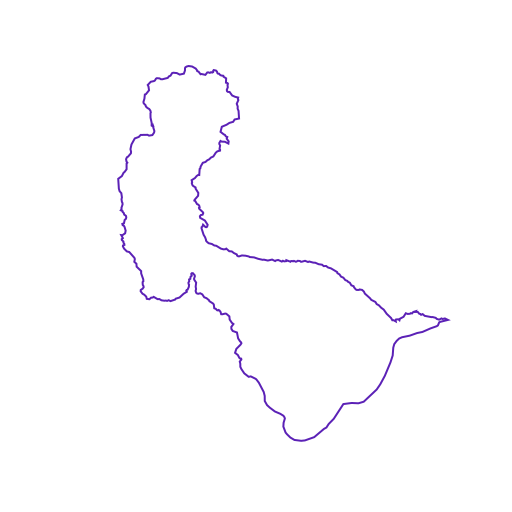 Brasil Novo, Pará, Brazil (Natural Earth projection), rotated 128°
{"feature_id": "56859067B45799313121530", "entity_name": "Brasil Novo", "entity_type": "district", "adm_level": 2, "iso_a3": "BRA", "parent_name": "Brazil", "parent_adm1": "Pará", "projection": "natural_earth1", "projection_center": [-52.726, -3.304], "detail": "fine", "context": "isolated", "style": "outline", "palette": "violet", "viewbox_px": 512, "rotation_deg": 128, "n_neighbors": 0, "source": "geoboundaries", "source_scale": "gbopen_adm2", "svg_char_len": 6118}
<svg xmlns="http://www.w3.org/2000/svg" viewBox="0 0 512 512"><g transform="rotate(128 256 256)"><path d="M355.7,187.4L354.1,186.0L353.1,181.2L353.0,179.9L354.1,175.7L358.4,166.2L360.9,163.0L364.9,159.8L366.7,155.5L367.0,151.8L366.9,145.4L365.4,139.7L365.0,136.0L365.6,134.2L366.3,133.2L370.4,131.6L373.6,129.4L376.9,124.0L377.4,121.7L377.9,117.2L377.3,112.5L373.8,106.6L371.2,103.9L362.9,98.6L350.4,96.0L347.8,94.9L343.7,95.3L336.4,94.5L318.9,96.0L312.9,90.1L309.0,84.6L304.5,81.4L286.9,78.7L280.6,79.1L271.1,80.7L257.2,84.5L250.3,87.0L243.7,91.4L240.3,92.8L236.3,92.9L232.9,92.4L230.1,90.9L224.1,85.8L217.5,81.6L213.4,78.1L205.6,73.9L200.1,70.4L198.7,69.9L195.5,70.8L194.5,70.3L188.2,65.4L188.9,68.7L190.8,70.2L191.0,71.4L193.4,72.5L194.3,74.9L194.1,76.3L195.3,79.1L196.2,80.2L199.3,86.2L199.2,88.9L200.7,89.7L200.5,90.8L201.0,91.7L200.5,94.2L201.9,95.9L201.1,96.1L203.3,97.6L205.2,97.7L205.7,98.8L206.7,99.1L208.3,100.8L208.9,102.7L213.1,102.3L216.9,104.0L218.3,103.4L218.2,104.8L219.8,106.6L220.7,106.5L221.5,105.6L221.9,108.1L222.7,109.0L221.7,111.4L221.1,117.4L219.6,122.4L219.7,125.5L219.2,128.8L219.6,131.3L218.7,133.6L219.6,138.2L219.1,140.0L218.6,147.1L217.6,149.1L217.4,151.5L218.6,153.8L219.4,154.0L220.8,155.9L220.9,156.9L220.3,159.5L219.7,160.5L220.4,162.8L219.3,165.6L219.7,167.7L219.4,168.7L220.0,170.8L219.3,173.8L219.9,176.3L219.1,178.9L219.4,181.3L218.7,182.2L219.6,189.4L220.7,192.1L220.7,194.6L222.3,196.4L222.2,198.6L223.9,201.6L224.8,205.1L226.0,206.9L227.6,210.7L228.7,211.3L229.6,214.4L232.3,216.4L232.9,217.1L232.9,218.3L234.1,220.2L235.4,220.6L236.0,221.1L236.5,223.1L237.4,223.5L237.7,224.5L238.5,225.3L239.3,225.3L240.6,229.5L241.4,229.0L242.9,230.5L243.2,231.9L244.5,232.2L245.5,236.1L247.3,237.6L248.2,237.8L248.9,241.1L252.3,243.9L254.0,247.5L254.9,248.4L256.9,252.6L258.3,256.7L260.7,260.3L260.8,261.4L262.2,264.4L264.2,267.4L266.7,269.1L267.2,269.9L267.3,271.2L266.6,272.1L267.3,275.2L267.3,277.9L268.7,280.0L268.5,284.0L269.5,284.3L270.8,285.8L271.8,288.2L272.4,293.6L273.4,295.4L273.7,298.2L275.1,301.2L275.0,303.5L274.7,304.8L274.0,305.4L272.6,307.6L271.5,310.4L267.7,316.0L266.8,316.6L265.9,316.3L263.9,317.0L264.3,313.6L263.7,312.7L262.9,312.6L261.2,313.3L259.5,318.1L260.3,323.5L259.2,324.7L257.7,324.7L256.3,323.5L254.6,324.0L254.2,324.8L253.7,329.9L253.1,330.6L252.3,330.4L251.2,331.9L251.1,333.5L251.4,334.4L250.1,337.7L250.3,338.7L249.5,339.0L244.2,338.7L241.8,340.3L240.1,345.1L239.2,345.8L239.5,348.7L239.2,349.9L238.1,351.5L237.2,351.7L235.9,353.4L232.2,352.1L229.4,352.0L227.6,351.4L227.1,350.6L222.1,354.0L221.3,353.8L219.6,354.7L215.3,355.3L213.0,353.7L210.5,353.3L208.7,352.4L206.2,352.1L203.8,350.9L199.4,351.3L197.3,350.9L195.1,349.2L194.3,349.8L194.2,350.6L191.0,352.3L190.3,353.9L189.5,354.5L187.2,354.8L187.0,353.5L185.1,350.8L184.4,347.0L182.5,348.1L181.6,351.3L179.9,351.9L180.3,353.4L179.7,355.1L180.0,356.2L180.0,360.4L175.2,362.5L170.7,360.0L167.5,358.9L164.3,356.6L161.6,356.9L158.1,354.0L152.4,359.1L151.2,361.2L149.4,362.5L147.9,364.9L144.0,365.9L143.3,367.1L142.1,367.6L143.4,370.4L144.2,373.6L143.0,377.8L144.0,379.2L144.0,380.2L143.1,381.3L140.4,382.1L138.7,383.8L137.6,384.1L137.3,384.9L137.9,386.4L134.4,388.9L134.7,391.9L134.1,392.7L135.2,394.6L135.4,396.1L135.1,397.3L135.7,398.2L135.6,399.1L134.7,400.3L134.5,401.7L135.5,403.8L136.3,403.8L137.5,403.0L138.5,403.5L138.8,404.6L140.1,405.1L140.7,406.7L141.4,407.4L144.4,407.4L146.2,411.1L146.9,411.6L146.1,414.8L146.5,416.1L145.9,417.0L145.4,418.9L146.0,423.0L147.8,426.1L149.4,427.3L150.8,427.8L151.7,427.6L153.5,426.2L156.7,425.1L160.0,427.8L160.6,431.0L162.5,434.0L163.5,434.7L166.6,434.4L168.0,435.2L170.0,435.2L174.4,438.6L175.3,439.9L175.4,441.3L176.9,443.6L177.9,444.0L179.9,443.7L181.0,444.1L183.5,446.2L187.9,446.6L188.6,445.1L191.3,442.3L196.3,442.4L197.2,443.0L200.7,440.8L204.0,439.5L204.8,438.5L205.2,435.8L206.0,434.8L206.2,432.7L205.9,430.6L206.5,428.7L207.6,427.3L208.4,427.1L211.9,424.3L215.4,420.1L217.5,418.5L217.4,417.3L216.6,417.5L217.2,416.5L218.1,415.9L220.1,413.0L221.5,412.3L224.5,412.1L227.0,414.4L227.3,416.1L231.6,421.4L234.4,421.7L238.0,423.9L244.8,422.8L249.1,420.7L250.8,418.6L252.1,417.8L256.5,418.0L257.7,418.5L259.7,418.0L261.3,416.2L261.7,414.8L262.8,414.9L267.3,411.4L270.6,411.3L271.9,411.6L275.6,410.9L280.0,412.1L287.4,405.5L288.9,403.4L289.4,400.8L292.4,397.7L294.1,396.9L295.9,395.0L296.4,393.9L297.5,392.9L301.1,391.6L301.8,390.7L303.2,390.7L302.8,388.7L303.4,388.2L303.6,386.5L304.5,385.4L304.4,383.3L305.3,382.1L306.7,381.4L308.4,381.7L311.5,380.2L313.0,381.1L313.8,380.0L313.5,378.8L314.0,377.5L316.3,374.3L318.7,373.1L321.9,374.1L322.5,375.1L323.9,371.9L325.4,372.2L326.0,371.5L326.2,369.4L327.1,368.7L327.5,367.3L328.3,366.5L329.6,367.3L330.3,366.9L331.4,364.5L331.9,360.6L330.9,358.3L332.3,350.7L333.0,349.6L335.5,348.3L335.7,345.5L337.9,343.5L338.6,337.2L340.4,335.8L343.8,330.5L345.3,329.2L346.3,329.3L347.1,328.7L348.5,327.4L349.0,326.1L349.8,325.3L351.5,325.2L353.7,325.9L354.8,325.2L355.6,322.2L355.3,320.3L355.6,317.5L357.0,315.7L355.7,313.4L353.4,313.0L352.3,311.8L351.2,311.5L350.6,307.0L349.4,305.6L349.1,303.2L347.6,300.6L346.6,299.6L346.1,298.4L344.6,297.6L344.2,295.6L340.1,292.9L339.1,293.0L335.8,290.7L330.3,289.8L326.8,288.5L326.2,289.6L325.4,289.7L324.6,289.2L321.7,289.9L319.8,291.1L319.5,292.0L318.5,292.9L317.1,293.0L315.7,294.3L314.5,293.7L312.6,294.8L311.1,294.5L310.0,296.0L309.1,296.0L308.4,295.2L308.9,292.5L309.6,291.7L312.1,290.8L312.7,290.1L313.8,286.8L317.4,284.6L318.9,282.9L320.7,282.1L321.8,280.5L321.9,279.6L321.4,278.3L319.7,277.0L319.3,274.7L320.4,271.4L319.7,269.0L319.8,265.7L320.3,264.9L319.9,260.6L320.2,259.4L322.9,256.7L322.4,255.2L322.7,253.3L322.3,252.4L321.6,252.3L321.4,251.3L321.9,249.5L323.3,247.6L322.7,246.7L320.3,244.8L319.8,243.8L320.0,239.8L322.3,237.6L323.5,233.9L323.5,231.9L327.1,231.8L328.6,230.5L329.4,228.2L328.0,223.9L331.9,219.4L333.1,216.0L333.2,214.6L333.7,213.8L335.3,213.6L341.3,214.3L345.2,212.9L345.2,209.3L346.5,206.5L346.6,205.7L346.0,204.5L346.6,203.8L349.2,203.8L350.5,202.1L353.0,200.1L354.1,197.9L355.7,193.0L355.7,187.4Z" fill="none" stroke="#5b21b6" stroke-width="2"/></g></svg>